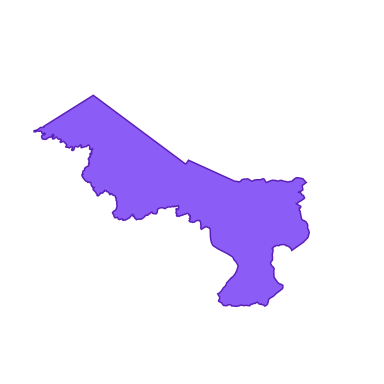 Tiwintza, Morona Santiago, Ecuador, rotated 238°
{"feature_id": "8360857B5800321951611", "entity_name": "Tiwintza", "entity_type": "district", "adm_level": 2, "iso_a3": "ECU", "parent_name": "Ecuador", "parent_adm1": "Morona Santiago", "projection": "natural_earth1", "projection_center": [-77.964, -2.98], "detail": "fine", "context": "isolated", "style": "filled", "palette": "violet", "viewbox_px": 384, "rotation_deg": 238, "n_neighbors": 0, "source": "geoboundaries", "source_scale": "gbopen_adm2", "svg_char_len": 6037}
<svg xmlns="http://www.w3.org/2000/svg" viewBox="0 0 384 384"><g transform="rotate(238 192 192)"><path d="M139.5,294.0L140.7,293.5L141.5,293.6L144.6,293.0L148.3,289.0L148.7,288.1L148.9,287.0L148.8,285.6L148.5,284.9L148.6,283.8L148.1,283.0L148.1,282.5L149.1,280.5L149.6,278.4L150.9,277.6L152.1,275.8L153.4,275.0L154.6,273.8L155.2,272.9L155.5,271.2L155.7,270.8L156.8,269.5L157.6,269.0L158.2,267.8L159.0,267.2L159.8,265.1L160.4,261.7L160.4,260.4L161.9,259.8L164.4,260.1L165.6,259.4L166.1,256.6L168.0,253.6L169.1,251.2L169.2,249.2L169.5,248.4L171.7,247.2L172.8,246.9L173.6,246.2L174.5,244.4L175.3,243.2L176.0,240.9L175.4,238.9L175.6,237.2L177.1,235.9L178.4,234.0L220.8,205.9L218.9,201.5L218.7,201.5L326.3,159.5L326.2,101.0L325.6,100.9L325.5,100.6L325.5,100.2L327.0,97.8L326.7,94.0L326.9,92.6L327.5,91.4L327.5,90.3L326.9,90.0L326.0,90.9L325.7,93.4L324.3,94.7L323.9,96.0L323.0,96.4L321.7,95.9L320.9,96.2L320.2,97.2L320.0,98.2L319.5,98.5L318.9,98.1L318.7,97.5L319.5,95.3L319.3,94.4L319.0,94.0L317.5,93.4L316.6,93.2L316.0,93.5L314.4,95.4L314.0,96.7L314.2,99.5L313.5,100.9L313.4,101.9L313.6,102.8L314.6,104.0L314.5,104.8L313.8,104.9L312.9,104.6L311.9,102.3L311.0,101.9L310.2,103.0L310.5,106.0L310.1,106.3L308.0,106.5L307.1,107.2L306.2,108.7L305.7,108.7L305.2,108.3L304.6,107.0L304.3,106.7L303.6,107.0L303.3,109.5L301.6,110.3L300.2,110.4L298.7,110.9L298.1,110.4L297.3,109.0L296.8,108.9L295.8,110.5L294.4,111.3L294.3,112.0L294.4,113.7L293.9,114.3L293.4,114.4L292.6,113.9L291.7,112.4L291.3,112.2L290.7,112.4L290.3,113.2L290.4,114.2L292.2,116.2L292.5,117.0L292.3,117.5L290.6,119.1L290.5,119.8L291.0,121.5L291.0,122.5L290.2,122.9L289.6,122.5L289.1,121.6L288.3,121.6L287.8,122.6L287.4,124.7L286.5,126.6L286.9,129.0L285.9,129.5L285.2,129.4L284.0,128.9L283.1,128.1L282.3,128.0L281.6,128.9L281.4,130.6L280.9,130.3L280.8,129.4L280.0,128.3L278.8,128.2L278.5,126.2L277.6,126.6L278.0,125.5L277.1,125.5L276.1,123.9L275.5,124.4L275.4,124.3L275.7,123.1L275.2,121.7L274.6,121.5L274.4,121.8L272.9,121.0L272.0,120.9L271.4,119.8L270.7,120.0L270.5,119.4L269.8,119.1L269.8,118.5L269.1,118.0L268.9,117.5L269.2,116.3L269.2,114.4L268.8,113.3L268.2,113.2L267.7,112.6L267.5,111.9L267.5,110.7L265.8,109.0L264.9,109.1L264.7,108.7L264.9,107.7L263.7,107.2L263.0,107.4L262.0,107.1L257.8,107.6L256.7,108.6L255.6,108.6L255.3,109.6L254.4,109.9L254.0,111.1L252.8,111.0L251.2,110.2L249.8,110.1L249.3,110.3L248.3,110.2L247.7,111.3L246.9,109.7L246.1,109.4L243.1,110.2L241.1,110.1L240.1,110.3L239.7,109.8L239.1,109.7L238.5,110.3L238.6,111.6L238.9,112.7L239.7,114.3L238.6,115.0L238.5,116.1L239.3,117.7L238.9,118.2L239.5,119.0L239.2,119.1L238.6,119.9L237.7,119.8L236.3,121.0L235.1,121.0L234.5,121.4L233.6,120.8L233.2,121.3L233.5,122.3L233.3,122.8L232.7,123.1L232.2,122.9L231.6,123.6L230.9,123.5L230.1,124.3L229.1,124.8L227.4,124.1L226.9,124.5L225.2,123.2L223.6,123.3L222.6,122.3L219.6,120.9L217.5,118.4L217.1,117.3L217.2,115.1L216.5,113.5L213.7,113.4L212.8,113.0L211.2,112.9L210.5,113.6L210.2,114.9L209.9,115.4L208.2,115.2L207.1,115.7L206.4,118.2L206.1,118.5L204.8,118.4L204.2,119.1L204.4,119.9L203.6,120.4L203.3,122.1L203.5,123.3L203.3,124.0L203.2,125.5L203.7,126.4L204.5,129.9L203.5,130.1L202.4,129.2L201.9,130.1L200.4,129.6L199.9,129.7L199.6,130.1L198.0,130.1L197.9,131.1L195.8,134.9L196.1,138.8L196.7,140.0L196.7,140.6L195.7,142.3L196.2,143.1L195.9,144.5L196.4,145.9L196.4,147.0L195.8,147.4L195.0,147.2L194.2,147.7L192.5,150.0L192.5,150.6L193.6,152.1L194.9,153.1L195.6,154.1L195.7,154.7L195.1,157.3L194.2,158.8L192.2,160.2L192.2,162.6L192.0,163.9L190.7,165.6L190.3,167.6L189.6,168.1L189.3,168.6L189.3,169.7L188.6,169.9L187.6,173.2L185.8,172.4L185.5,171.5L184.7,171.3L184.8,170.7L186.1,169.9L186.0,169.4L184.2,168.8L183.5,167.9L182.2,167.2L181.4,167.7L180.3,166.4L179.7,166.3L179.1,167.0L178.9,167.7L178.1,168.3L178.2,169.7L177.4,171.4L177.3,173.0L176.7,174.8L176.7,175.8L176.1,177.2L175.0,177.4L174.3,177.2L174.0,177.6L173.4,177.4L173.0,178.0L172.2,177.6L172.0,177.0L171.4,177.1L171.0,177.0L170.7,175.7L170.1,175.9L169.6,175.7L169.3,174.4L168.1,174.4L167.3,174.8L167.1,175.7L166.0,176.3L165.2,178.2L165.4,179.8L164.9,181.6L163.6,183.5L160.9,182.9L159.7,182.1L158.1,181.5L157.0,180.3L155.4,180.2L155.3,185.6L152.2,187.6L151.3,187.8L150.4,187.5L143.9,183.7L141.1,182.5L138.8,181.7L136.1,181.4L134.8,181.7L129.5,184.2L121.2,189.2L115.8,191.9L114.7,192.1L112.1,191.7L109.7,192.3L105.4,192.1L104.6,191.7L101.7,188.4L99.7,185.2L98.3,181.1L98.5,180.2L96.6,173.4L94.9,171.2L94.5,170.1L94.1,167.7L92.4,164.3L91.9,161.8L92.0,159.8L88.4,159.7L87.8,159.5L86.7,158.7L86.1,157.2L85.5,156.8L84.9,156.8L84.5,157.3L84.0,157.3L82.1,158.4L80.2,158.4L78.9,158.8L78.6,159.5L77.8,160.1L77.0,161.8L77.1,162.4L76.9,163.8L75.5,165.2L74.3,165.3L73.7,166.3L71.7,168.8L70.7,170.9L70.3,173.5L69.7,174.0L69.0,175.1L68.5,175.3L67.7,176.5L67.5,177.5L66.5,178.8L65.9,179.2L65.5,180.2L65.0,180.5L65.4,182.7L64.9,183.8L64.8,185.2L64.0,186.6L64.1,187.4L64.0,189.1L61.5,189.5L60.6,190.5L60.4,191.2L59.8,191.2L59.5,191.9L58.8,192.3L58.2,193.0L56.9,193.1L56.5,193.7L56.6,195.5L57.0,196.6L57.9,197.8L59.7,199.5L60.3,200.3L60.6,201.3L60.5,206.0L61.3,209.5L62.0,217.1L62.5,218.1L64.2,219.4L65.1,219.4L66.4,218.8L67.6,217.6L69.9,216.7L76.3,216.4L81.8,219.5L83.4,221.0L85.2,221.2L86.0,220.8L87.4,220.6L89.3,220.7L90.4,221.2L90.9,222.0L91.7,224.2L94.3,225.9L96.1,226.7L99.8,230.0L101.0,230.5L101.8,230.2L102.3,233.2L101.9,233.5L102.1,234.1L101.9,235.3L100.4,237.3L100.6,238.3L100.3,239.1L98.7,242.2L97.5,243.3L96.5,243.3L95.9,244.3L93.8,245.4L91.2,246.0L89.6,245.6L90.4,259.7L91.9,266.1L95.4,269.9L98.0,270.7L100.5,271.0L102.0,272.3L103.7,272.9L106.5,272.8L108.3,271.9L109.4,271.0L110.6,270.7L111.7,270.8L118.7,273.6L119.6,273.3L120.2,273.6L120.6,274.1L121.5,274.4L121.6,274.9L121.1,275.5L121.7,276.3L122.1,276.6L122.5,276.6L125.7,274.7L126.8,274.5L126.5,275.0L127.0,278.4L126.8,279.5L127.0,283.7L127.3,284.3L128.1,284.2L128.9,284.6L130.0,284.7L131.2,283.7L133.0,283.8L134.2,283.3L135.2,282.3L135.5,283.4L134.8,283.7L135.1,287.2L137.9,288.3L139.1,289.1L139.5,294.0Z" fill="#8b5cf6" stroke="#5b21b6" stroke-width="1.5"/></g></svg>